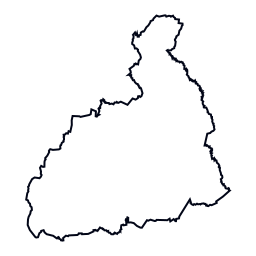 Wang Nam Yen, Sa Kaeo, Thailand
{"feature_id": "78962969B24395616266318", "entity_name": "Wang Nam Yen", "entity_type": "district", "adm_level": 2, "iso_a3": "THA", "parent_name": "Thailand", "parent_adm1": "Sa Kaeo", "projection": "equal_earth", "projection_center": [102.114, 13.545], "detail": "fine", "context": "isolated", "style": "outline", "palette": "ink", "viewbox_px": 256, "rotation_deg": 0, "n_neighbors": 0, "source": "geoboundaries", "source_scale": "gbopen_adm2", "svg_char_len": 5801}
<svg xmlns="http://www.w3.org/2000/svg" viewBox="0 0 256 256"><path d="M27.3,193.2L26.2,199.6L28.0,200.4L28.6,202.5L30.0,203.7L30.3,206.0L31.6,207.2L31.9,210.0L30.7,211.2L30.3,213.6L28.6,216.9L28.0,219.5L27.7,225.0L29.9,230.1L35.3,237.0L36.2,237.5L38.0,237.2L39.4,233.2L41.1,231.9L41.2,230.9L43.6,230.2L44.6,232.4L46.7,234.2L53.2,235.8L56.8,238.4L57.7,238.3L57.8,237.4L58.4,237.0L59.0,237.5L58.7,238.2L59.0,238.7L60.9,239.5L61.0,240.3L62.4,240.6L63.4,240.4L63.1,238.1L65.9,235.7L68.2,236.2L68.9,235.4L77.3,235.0L78.7,234.0L78.8,233.4L81.8,233.4L82.0,234.2L88.2,233.9L93.6,231.4L93.5,230.1L95.5,229.9L96.2,230.7L97.4,230.3L97.7,230.7L100.0,227.5L101.3,228.3L102.1,228.2L102.7,229.1L103.3,228.9L104.4,230.3L106.4,230.3L107.0,231.3L108.1,231.0L108.0,231.7L108.9,232.7L110.0,232.7L111.3,234.2L113.1,234.3L114.2,233.1L114.6,233.4L114.9,232.7L117.1,233.9L117.8,232.9L118.9,232.5L120.0,230.9L120.4,231.3L120.4,229.7L121.4,229.2L121.0,227.9L121.3,225.3L123.2,224.6L123.7,225.3L126.4,224.8L126.2,221.5L125.7,220.2L125.8,219.8L126.3,220.3L126.6,220.0L127.4,217.4L128.2,217.8L128.1,222.5L130.9,222.4L133.8,223.1L136.9,225.9L140.3,227.6L141.9,227.7L147.0,220.2L148.2,220.7L150.5,219.7L154.7,221.0L155.7,220.9L156.6,219.9L167.3,220.2L169.6,218.7L170.3,221.4L173.7,219.1L175.4,221.1L176.0,221.1L176.2,218.9L179.0,218.4L179.3,216.5L189.9,199.4L190.7,201.8L190.5,202.9L191.1,203.1L191.4,204.1L193.2,205.0L194.1,204.1L195.5,204.7L197.0,203.7L198.0,204.3L200.1,204.0L200.5,204.4L201.5,203.7L203.8,203.4L204.4,204.0L205.5,203.9L206.1,205.4L206.8,205.0L207.2,205.9L208.3,206.1L210.1,204.8L211.6,205.2L216.7,202.9L216.2,201.4L222.9,196.6L229.8,190.5L228.9,190.0L229.0,188.6L228.6,188.1L227.5,188.7L225.7,188.3L225.3,187.6L225.4,186.5L224.3,185.4L223.6,185.4L223.7,184.1L222.6,184.3L221.9,183.2L221.6,181.6L221.1,181.6L221.3,180.7L220.8,179.2L222.0,178.3L222.4,177.3L222.1,175.6L221.0,174.8L220.9,173.2L219.7,169.9L220.0,167.9L219.6,167.1L219.1,167.5L218.7,167.0L219.3,165.5L218.3,163.8L216.9,162.7L216.5,160.6L215.1,160.4L215.4,159.7L215.1,159.3L214.4,160.2L214.1,158.3L213.5,158.9L213.0,158.4L212.1,158.9L211.5,156.2L211.9,155.6L211.3,155.1L211.4,153.7L211.7,153.4L211.0,153.2L211.4,152.6L210.3,151.7L210.5,151.2L210.9,151.6L211.2,150.7L211.7,151.3L212.1,150.5L212.1,149.5L211.5,149.5L211.7,148.5L209.2,147.5L209.6,146.4L208.3,146.4L207.0,145.2L206.5,145.7L205.8,144.8L205.6,145.5L204.6,145.5L207.3,133.7L210.2,133.0L211.4,131.7L213.4,130.8L214.5,129.5L213.9,127.0L214.2,126.1L213.5,125.3L213.6,123.7L213.0,123.6L212.2,121.3L212.5,119.9L211.7,118.4L212.0,118.1L212.0,117.0L211.3,116.9L210.9,114.5L208.8,113.9L208.1,112.1L207.6,112.1L207.6,110.5L206.3,107.6L204.0,107.5L203.7,107.0L204.4,105.8L203.6,105.5L202.7,103.7L202.7,102.5L203.2,101.5L201.5,99.9L202.2,98.8L201.7,98.1L202.4,97.3L201.8,96.8L202.9,96.1L202.7,95.1L203.1,94.9L202.5,94.0L203.1,93.0L202.0,92.7L202.5,91.5L201.8,91.7L201.6,90.5L200.8,90.9L200.4,90.4L200.6,89.4L199.9,89.9L199.5,88.6L200.1,87.3L199.5,85.8L197.9,85.4L197.6,84.0L196.5,83.7L196.3,82.5L195.6,83.0L195.0,80.5L194.3,81.2L193.6,80.8L193.1,81.5L192.3,81.1L191.8,81.7L192.3,80.3L192.0,79.9L190.6,79.0L190.5,80.0L189.9,80.2L189.4,78.4L190.0,77.6L189.4,78.0L188.7,77.5L188.6,76.4L186.8,74.6L187.3,73.2L187.2,72.0L186.8,71.2L187.3,71.0L187.2,69.9L186.4,68.9L185.8,70.1L185.1,68.9L184.3,68.9L184.5,65.6L183.5,65.0L183.6,63.8L182.5,63.1L182.7,62.4L181.1,61.7L179.7,62.4L179.1,61.5L177.9,61.5L177.1,60.5L176.3,61.1L176.0,60.0L175.5,59.9L175.7,59.0L174.4,59.3L174.5,58.3L173.7,58.3L173.1,57.4L172.4,58.4L172.0,56.8L172.2,56.0L171.1,55.7L170.7,54.4L169.6,54.5L169.9,53.1L168.7,52.7L168.1,51.1L167.7,51.4L166.9,50.5L167.8,50.0L168.0,50.5L171.1,50.3L172.1,49.1L174.2,48.2L174.4,46.6L175.1,45.9L175.7,41.6L175.0,40.5L174.9,39.6L176.3,37.3L176.3,36.4L178.6,34.7L179.4,30.7L181.1,28.7L181.9,25.8L182.6,25.1L182.5,23.6L178.6,23.1L179.0,19.5L175.2,19.1L175.0,17.9L173.7,17.0L173.0,15.7L171.0,16.6L170.8,16.1L168.9,15.8L166.3,16.6L165.6,15.4L164.6,15.4L159.1,16.6L156.5,15.6L153.5,18.6L153.0,20.1L150.6,21.1L150.2,22.5L148.3,25.5L146.4,27.2L144.4,30.7L143.6,31.6L142.7,31.4L140.8,32.6L140.6,34.9L139.2,35.2L138.9,36.3L138.1,35.7L138.0,36.7L137.6,36.7L137.0,33.4L136.5,34.8L135.9,35.0L135.0,32.5L133.0,34.9L133.6,35.7L133.4,38.5L132.7,39.3L132.9,40.7L132.2,42.5L132.2,44.0L134.1,45.4L134.9,48.5L136.5,48.4L138.0,49.7L137.8,51.0L140.1,54.6L140.9,57.4L140.4,59.0L138.8,60.5L138.1,64.4L135.8,63.6L135.7,64.3L134.4,64.0L133.8,65.8L129.5,68.9L130.6,71.1L130.8,72.8L128.5,74.8L129.3,74.7L129.9,75.6L131.2,75.2L131.2,77.6L132.4,78.2L132.3,79.1L132.9,80.2L134.0,80.1L134.9,82.2L136.5,83.8L137.7,84.0L137.9,84.9L138.8,85.5L138.7,86.3L139.6,88.0L140.4,87.6L141.0,88.3L142.5,93.2L141.4,96.2L140.2,97.0L139.3,96.1L138.1,96.3L137.9,98.1L135.6,99.6L132.6,98.5L127.5,104.8L120.8,101.7L118.1,102.9L116.8,102.0L116.5,102.6L114.6,102.5L113.5,104.3L111.8,103.6L109.4,104.1L108.9,103.0L105.2,102.9L104.8,102.4L105.1,102.0L104.5,101.8L104.6,101.2L103.6,100.4L104.0,99.9L103.2,99.2L102.7,100.7L101.2,100.1L100.6,100.6L101.6,103.6L100.2,105.9L100.2,108.1L99.6,108.5L99.3,107.7L98.5,108.6L99.4,111.0L98.1,114.1L99.2,114.7L97.5,115.6L96.8,116.6L95.7,116.3L95.9,111.3L91.4,109.4L90.7,114.2L89.2,115.0L80.5,116.9L79.4,116.3L72.6,116.0L71.7,120.3L71.8,125.0L70.3,131.8L68.6,131.2L67.9,133.6L66.2,133.2L65.2,134.4L63.7,134.7L64.0,135.6L63.7,136.1L64.1,136.6L63.7,137.6L64.0,138.1L64.0,139.6L63.4,140.8L63.6,141.6L61.8,142.9L61.1,145.1L60.5,145.3L60.2,146.5L60.4,148.5L58.9,149.4L52.9,149.9L50.2,149.2L49.6,149.8L48.9,151.0L49.2,152.1L47.3,155.7L45.2,158.1L45.6,159.5L44.9,160.2L44.5,161.8L44.4,166.7L43.0,166.9L41.2,165.9L40.0,167.9L41.0,171.4L40.8,173.9L41.6,175.0L40.8,176.8L39.5,178.2L34.6,177.5L32.1,179.1L29.2,184.4L29.0,185.8L28.1,186.8L28.5,188.6L28.1,190.2L28.4,191.4L27.3,193.2Z" fill="none" stroke="#020617" stroke-width="2"/></svg>